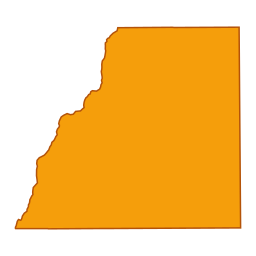 La Plata, Colorado, United States of America
{"feature_id": "52423323B97319640359332", "entity_name": "La Plata", "entity_type": "district", "adm_level": 2, "iso_a3": "USA", "parent_name": "United States of America", "parent_adm1": "Colorado", "projection": "albers", "projection_center": [-108.15, 37.32], "detail": "fine", "context": "isolated", "style": "filled", "palette": "amber", "viewbox_px": 256, "rotation_deg": 0, "n_neighbors": 0, "source": "geoboundaries", "source_scale": "gbopen_adm2", "svg_char_len": 1401}
<svg xmlns="http://www.w3.org/2000/svg" viewBox="0 0 256 256"><path d="M239.6,95.2L239.1,27.2L174.2,27.5L172.4,27.3L117.8,27.7L117.1,30.8L113.1,33.2L110.3,35.9L109.3,37.7L107.6,38.5L106.6,39.8L106.9,41.4L106.2,42.2L105.4,42.8L105.3,44.2L105.4,45.8L105.3,49.0L105.7,50.8L105.4,53.1L105.0,55.6L104.4,58.2L102.3,61.0L101.8,64.3L101.9,67.2L101.8,69.1L101.3,71.5L101.6,73.6L102.1,76.6L102.2,78.4L101.5,80.2L102.1,82.8L101.0,84.8L100.6,87.0L99.6,89.2L98.1,90.1L96.5,91.1L94.3,90.9L92.3,90.7L90.7,91.9L90.2,93.9L88.7,94.6L87.3,96.7L85.9,97.8L84.7,100.2L84.1,102.4L83.7,105.2L84.1,107.6L82.3,109.1L80.5,110.9L75.6,111.4L73.3,114.2L70.5,114.7L67.1,113.6L63.6,115.3L61.2,117.0L59.4,120.8L58.7,123.8L59.4,125.1L59.3,126.7L57.4,129.2L56.5,131.8L57.2,134.8L55.8,136.6L55.1,138.3L53.9,140.5L51.9,142.3L51.2,145.0L49.9,146.8L48.8,149.9L48.0,150.8L46.2,153.1L44.4,155.1L41.4,156.7L39.3,157.7L37.1,160.3L36.7,163.7L37.4,166.2L36.6,169.6L36.5,175.7L37.0,179.2L37.4,182.9L33.3,187.5L32.9,190.1L32.7,192.4L32.9,194.6L31.7,196.1L30.8,198.0L29.9,199.7L29.7,201.3L29.4,203.2L28.5,204.7L28.4,206.8L27.1,209.2L26.9,211.3L24.3,213.2L22.4,216.1L22.0,217.8L21.4,219.5L20.7,220.3L19.7,219.9L18.5,219.5L17.3,221.3L16.7,223.7L16.1,226.0L15.5,227.1L15.4,228.3L15.6,228.6L30.3,228.6L38.4,228.6L38.5,228.6L47.9,228.6L48.2,228.8L102.3,228.5L110.5,228.5L240.6,227.9L239.6,95.2Z" fill="#f59e0b" stroke="#b45309" stroke-width="1.5"/></svg>